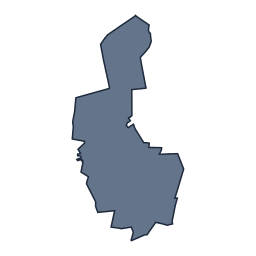 the district of Oquitoa, Sonora, Mexico
{"feature_id": "50627088B42568176032949", "entity_name": "Oquitoa", "entity_type": "district", "adm_level": 2, "iso_a3": "MEX", "parent_name": "Mexico", "parent_adm1": "Sonora", "projection": "albers", "projection_center": [-111.661, 30.793], "detail": "fine", "context": "isolated", "style": "filled", "palette": "slate", "viewbox_px": 256, "rotation_deg": 0, "n_neighbors": 0, "source": "geoboundaries", "source_scale": "gbopen_adm2", "svg_char_len": 5398}
<svg xmlns="http://www.w3.org/2000/svg" viewBox="0 0 256 256"><path d="M183.7,169.1L178.0,154.6L177.6,153.7L176.4,153.7L175.2,153.7L174.5,153.8L173.8,153.8L173.2,153.8L172.7,153.8L172.3,153.8L171.6,153.9L171.1,153.9L170.1,153.9L169.3,153.9L168.8,153.9L168.3,153.9L167.5,154.0L166.9,154.0L166.1,154.0L165.0,154.1L163.7,154.1L161.9,154.2L159.4,154.2L160.4,152.0L160.7,151.5L161.4,149.9L161.6,147.7L148.8,147.4L149.0,145.2L149.1,144.7L149.2,143.9L149.2,143.6L149.3,143.2L147.4,142.8L143.7,142.7L143.4,142.1L142.8,141.2L142.6,140.8L141.8,139.6L141.4,139.0L140.4,137.3L139.7,136.2L139.2,135.3L138.5,134.2L137.8,133.2L136.8,131.5L135.9,130.1L134.9,128.4L133.7,124.8L133.5,124.2L128.2,127.6L127.7,127.0L127.3,126.6L126.8,126.0L126.3,125.6L127.5,122.3L128.6,122.2L130.4,120.7L128.6,118.3L128.8,117.9L128.7,117.7L129.5,117.6L130.1,117.1L130.5,116.8L131.4,116.1L131.9,115.6L131.8,89.6L145.9,88.2L146.0,87.8L145.9,87.6L145.9,87.2L145.8,86.7L145.7,86.2L145.6,85.9L145.4,85.2L145.3,84.6L145.2,84.2L145.2,83.8L145.1,83.2L145.0,82.7L144.8,82.0L144.8,81.8L144.5,80.3L144.4,79.7L144.3,79.1L144.2,78.5L144.1,77.9L143.9,77.2L143.8,76.7L143.7,75.9L143.6,75.5L143.5,74.9L143.4,74.3L143.3,74.2L143.3,73.8L143.2,73.6L143.1,72.8L142.9,71.7L142.8,71.2L142.7,70.8L142.6,70.2L142.5,69.8L142.4,69.5L142.4,69.2L142.4,68.9L142.3,68.7L142.3,68.4L142.2,68.2L142.2,67.8L142.1,67.5L142.0,67.1L141.9,66.7L141.9,66.3L141.8,65.9L141.7,65.7L141.7,65.2L141.6,64.8L141.5,64.4L141.4,64.1L141.4,63.7L141.3,63.2L141.2,62.7L141.1,62.2L141.0,61.8L141.0,61.7L141.0,61.4L140.9,61.1L140.9,60.9L140.8,60.6L140.7,60.3L140.7,59.9L140.6,59.4L140.4,57.2L140.5,57.0L140.7,56.9L140.9,56.6L141.1,56.4L141.4,56.1L141.6,55.9L141.8,55.7L142.1,55.4L142.5,55.0L142.7,54.8L143.1,54.3L143.5,53.9L143.9,53.5L144.2,53.1L144.4,52.9L144.5,52.8L144.6,52.6L144.8,52.4L145.1,52.1L145.3,51.9L145.5,51.7L145.7,51.4L145.8,51.3L145.9,51.2L146.0,51.1L146.2,50.9L146.7,50.2L149.0,47.4L151.0,42.2L151.2,41.0L150.8,38.0L150.3,33.3L149.3,32.7L148.4,30.1L149.1,25.0L137.2,16.9L135.4,15.4L134.7,16.3L120.7,25.8L107.4,35.0L106.0,37.0L105.0,37.8L104.5,38.7L103.6,40.0L103.0,40.8L102.6,41.4L102.3,41.8L102.2,42.0L101.9,42.4L101.6,42.8L101.4,43.2L101.1,43.6L100.6,44.3L100.8,45.5L101.0,46.7L101.3,48.4L101.6,49.9L101.8,51.1L102.0,52.1L102.2,52.9L102.4,54.1L102.5,54.9L102.7,56.0L102.9,56.8L103.0,57.7L103.3,59.1L103.8,61.3L104.0,62.4L104.2,63.1L104.3,63.8L104.5,64.4L104.7,65.4L105.0,66.7L105.1,67.4L105.5,69.3L105.7,69.9L105.8,70.5L106.0,71.4L106.2,72.4L106.3,72.9L106.5,73.7L106.8,74.9L107.0,75.9L107.1,76.4L107.2,77.1L107.4,78.0L107.6,78.5L107.9,79.9L108.4,82.2L108.5,82.8L108.6,83.3L108.7,83.8L108.8,84.2L108.9,84.8L109.1,85.7L109.2,86.1L109.3,86.9L109.4,87.3L109.3,88.4L108.5,88.6L107.9,88.8L107.3,89.0L107.2,89.0L106.8,89.1L106.5,89.2L105.6,89.5L104.8,89.7L103.9,89.9L103.1,90.2L102.1,90.5L101.2,90.7L100.8,90.8L100.3,90.9L100.1,91.0L99.8,91.1L99.5,91.2L99.1,91.3L98.8,91.4L98.2,91.5L97.7,91.7L96.9,91.9L96.3,92.1L95.2,92.4L94.4,92.6L93.4,92.9L92.7,93.1L92.1,93.3L91.5,93.4L90.9,93.6L90.4,93.7L89.8,93.9L89.5,94.0L89.2,94.0L88.6,94.2L87.7,94.5L86.5,94.8L86.3,94.9L86.1,94.9L85.1,95.2L84.3,95.4L83.9,95.5L83.6,95.6L83.3,95.7L82.6,95.9L82.3,96.0L81.7,96.2L81.0,96.3L80.8,96.4L80.3,96.5L80.1,96.6L79.9,96.7L78.9,96.9L78.4,97.1L78.1,97.2L77.8,97.2L77.5,97.3L77.1,97.4L76.6,97.6L75.9,97.8L75.8,98.4L75.6,100.3L75.6,101.2L75.5,102.1L75.4,102.9L75.3,103.8L75.3,104.4L75.2,105.1L75.1,105.7L75.0,106.9L75.0,107.8L74.7,110.6L74.6,111.4L74.5,112.1L74.4,112.9L73.8,115.7L73.5,117.3L73.4,117.6L73.4,118.0L73.2,119.0L73.1,119.6L72.9,120.4L72.8,121.3L72.8,122.3L72.8,123.7L72.9,124.2L73.1,124.9L73.2,125.6L73.2,126.2L73.3,127.0L73.2,127.7L73.1,129.6L73.0,130.2L72.8,132.1L72.7,134.1L72.6,135.1L72.5,136.4L72.4,137.0L72.3,138.7L72.3,139.0L83.0,141.0L84.6,141.3L84.5,143.1L78.0,149.3L79.5,151.8L80.5,153.3L79.7,153.7L79.1,153.9L78.5,154.1L77.7,154.1L77.6,155.8L80.3,155.9L80.6,156.0L80.8,156.3L80.9,156.5L81.0,158.1L79.4,158.3L76.8,159.4L77.6,160.6L81.1,159.5L82.5,160.3L81.7,160.8L83.0,162.2L82.8,162.7L82.7,163.6L82.5,164.5L82.0,166.7L81.7,168.4L81.2,171.3L81.0,172.1L88.4,176.7L87.0,181.4L86.5,183.8L95.6,201.7L95.6,206.1L96.4,208.7L97.4,211.2L97.7,212.4L111.0,211.1L114.1,210.7L114.6,210.7L111.1,227.1L119.2,228.2L119.6,228.3L120.6,228.5L121.2,228.7L122.1,228.6L122.5,228.5L123.0,228.4L124.0,228.2L125.0,228.1L126.9,227.8L127.4,227.7L128.7,227.5L129.9,227.3L131.2,227.1L131.4,227.6L131.7,228.3L132.0,229.0L132.3,229.7L132.4,230.1L132.6,230.5L133.0,231.4L133.2,231.8L133.3,232.2L133.1,233.0L132.8,234.1L132.6,235.0L131.1,240.1L131.4,240.6L131.8,240.5L132.4,240.2L133.4,239.8L134.5,239.3L138.5,237.6L140.2,236.8L140.7,236.6L141.9,236.1L142.8,235.7L143.8,235.2L144.8,234.8L146.0,234.8L147.0,234.8L147.2,234.5L148.2,233.1L148.6,232.5L149.1,231.8L149.2,231.6L149.5,231.1L149.8,230.8L150.0,230.5L150.4,230.0L150.6,229.6L151.0,229.1L151.5,228.4L151.9,227.7L152.3,227.2L152.7,226.6L153.0,226.3L153.3,225.8L153.5,225.4L153.7,225.2L153.9,225.0L154.0,224.8L154.1,224.7L154.4,224.2L154.6,223.9L154.8,223.6L155.2,223.1L155.5,222.6L155.7,222.3L156.1,222.5L156.5,222.6L156.9,222.6L157.3,222.7L157.8,222.8L158.5,223.0L159.3,223.1L160.0,223.3L160.0,223.2L160.2,223.3L160.3,223.3L160.8,223.4L167.2,225.2L172.6,223.9L172.1,221.2L174.2,211.1L174.2,210.6L174.8,207.9L175.0,206.9L175.3,205.4L177.3,198.1L174.9,198.1L177.3,190.3L181.9,174.9L183.7,169.1Z" fill="#64748b" stroke="#1e293b" stroke-width="1.5"/></svg>